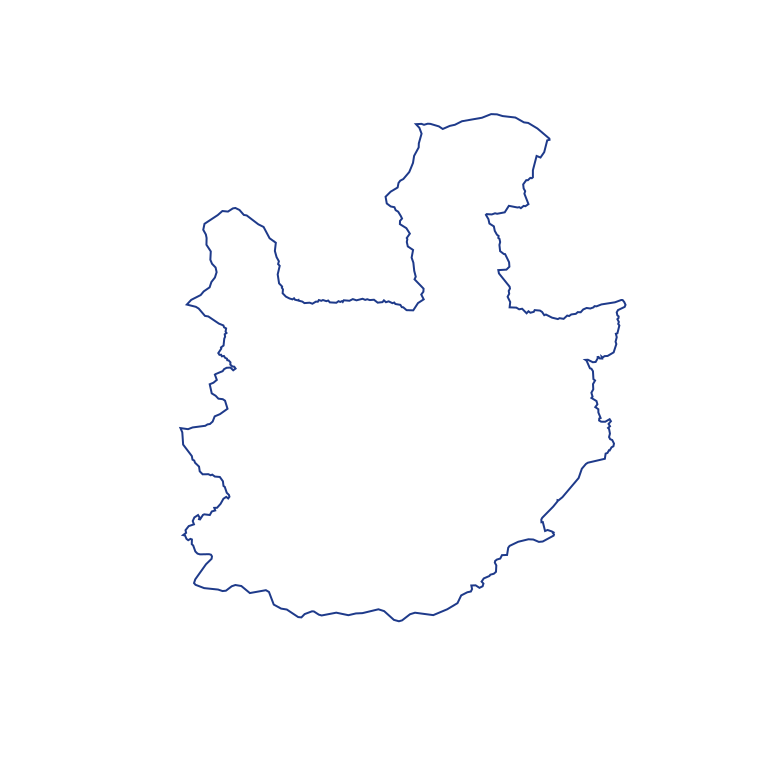 Palermo, Huila, Colombia (orthographic projection), rotated 62°
{"feature_id": "7082276B31327332190978", "entity_name": "Palermo", "entity_type": "district", "adm_level": 2, "iso_a3": "COL", "parent_name": "Colombia", "parent_adm1": "Huila", "projection": "orthographic", "projection_center": [-75.466, 2.914], "detail": "fine", "context": "isolated", "style": "outline", "palette": "blue", "viewbox_px": 768, "rotation_deg": 62, "n_neighbors": 0, "source": "geoboundaries", "source_scale": "gbopen_adm2", "svg_char_len": 6165}
<svg xmlns="http://www.w3.org/2000/svg" viewBox="0 0 768 768"><g transform="rotate(62 384 384)"><path d="M188.4,199.7L187.0,204.7L186.4,212.4L182.3,214.6L176.1,220.9L174.7,223.2L173.9,227.0L171.9,228.8L169.6,233.8L174.4,232.5L180.6,233.3L187.9,240.3L191.4,242.3L196.7,250.3L202.4,254.6L206.0,258.9L208.7,262.2L212.1,270.7L212.1,274.2L213.3,276.8L216.9,279.7L217.3,287.8L219.4,294.7L225.9,296.8L230.4,294.7L232.8,291.8L236.0,292.1L238.5,290.6L243.5,290.3L246.4,290.4L247.5,293.3L250.3,294.9L256.9,291.1L263.4,290.6L265.8,295.4L267.1,295.4L269.3,297.2L273.7,298.4L279.3,295.4L285.4,300.3L290.6,301.1L298.3,304.2L304.2,305.6L305.9,307.9L318.4,304.3L321.0,305.9L322.5,309.1L327.9,309.2L328.5,316.0L332.7,323.6L329.4,329.4L325.3,331.0L324.5,332.2L321.8,332.4L318.7,336.4L316.9,336.7L316.6,338.6L313.2,341.1L312.7,343.9L310.1,344.8L311.0,346.9L309.2,351.4L304.9,353.3L303.2,357.2L301.3,359.0L300.9,361.1L298.7,362.9L297.2,369.0L294.4,371.7L294.3,375.4L291.2,380.2L292.2,381.9L291.1,382.2L291.0,384.1L289.5,385.3L289.9,387.9L286.5,393.5L284.1,394.1L283.8,396.0L281.2,398.5L281.1,400.3L279.3,402.1L280.3,403.8L279.3,405.4L279.5,409.5L277.3,411.5L275.2,416.3L272.9,417.4L270.4,420.2L269.6,420.0L269.5,421.1L267.8,423.0L266.1,423.2L266.3,425.1L264.1,427.3L260.8,429.6L256.3,430.9L253.0,428.8L251.0,429.0L250.1,428.2L245.9,429.4L237.3,426.4L230.7,420.6L228.4,421.2L226.3,419.2L221.6,419.3L215.3,417.9L208.5,413.2L201.6,416.6L188.8,416.6L184.0,420.0L170.7,426.1L168.9,428.4L162.5,429.9L158.8,432.6L158.0,435.0L158.5,440.8L155.4,445.5L156.8,451.5L158.3,467.3L163.0,471.2L168.4,471.1L171.8,472.1L177.7,475.4L185.6,474.7L192.8,479.0L197.1,479.4L202.1,478.0L206.7,479.3L210.6,483.3L212.9,488.5L216.8,492.6L217.6,499.7L219.4,504.1L219.2,514.7L221.3,520.8L227.5,513.9L230.4,512.2L239.8,510.1L241.9,507.4L253.2,501.4L256.9,498.3L258.9,498.6L260.8,497.3L263.4,499.3L265.0,499.1L265.3,501.3L267.7,502.1L268.9,503.7L274.7,507.6L275.2,510.8L276.4,511.1L278.9,515.8L281.0,515.6L281.7,514.1L283.4,514.2L284.1,512.2L286.3,512.0L287.9,510.8L289.4,511.2L290.2,510.1L292.8,509.4L294.7,510.6L297.4,509.6L298.4,508.1L300.7,507.8L301.1,510.7L297.4,511.9L295.8,515.3L295.8,518.2L296.9,520.4L296.2,527.7L296.3,528.9L301.9,529.7L302.8,534.0L302.4,538.0L311.4,540.5L315.3,538.2L319.2,537.1L321.7,533.5L324.1,532.2L332.4,533.8L333.6,543.0L333.1,548.7L336.7,552.9L337.6,556.5L336.8,558.8L337.0,561.4L332.5,573.4L331.9,578.2L327.4,584.4L332.0,584.8L343.2,589.8L357.4,587.5L360.9,588.6L362.5,587.5L364.8,587.8L370.1,586.1L374.6,587.7L378.6,586.5L381.2,581.4L383.2,579.9L383.4,578.2L386.3,576.8L389.0,572.6L394.3,571.9L398.7,573.6L400.1,572.9L406.2,573.9L409.1,573.0L411.0,573.4L411.9,575.3L409.6,576.3L409.9,579.6L413.1,584.6L414.9,589.5L413.7,592.0L416.4,592.4L415.7,595.9L417.9,599.3L414.7,603.9L414.6,605.3L417.2,610.0L416.5,610.8L415.2,609.5L412.4,609.7L412.8,614.1L415.2,617.2L418.7,617.7L417.8,623.1L419.9,627.9L422.5,628.6L423.1,632.3L424.4,630.8L428.0,631.1L430.0,630.2L429.9,627.6L431.1,626.6L435.1,628.9L437.1,628.3L443.3,629.2L446.2,628.3L448.0,626.5L452.1,618.4L453.5,616.9L455.4,616.8L457.4,618.3L459.6,625.8L467.9,642.4L470.6,645.2L472.8,644.7L479.8,638.6L487.6,627.0L491.0,623.8L492.3,620.6L491.1,613.4L491.7,609.6L495.4,604.8L505.6,600.6L510.6,585.1L513.6,583.2L527.0,584.9L534.0,580.3L537.5,575.7L549.5,569.2L551.3,566.5L549.9,562.1L550.9,554.3L551.9,552.7L557.1,549.8L559.1,547.7L563.5,533.5L571.4,524.0L573.4,516.5L576.2,510.6L580.3,494.7L584.6,490.5L596.9,486.0L600.5,482.2L601.2,479.0L599.5,469.1L600.5,464.0L611.2,449.0L612.6,433.9L612.0,422.0L606.9,415.1L607.0,408.2L608.0,404.7L606.4,402.5L602.9,401.5L604.8,397.6L608.8,395.4L608.9,391.9L606.9,389.9L604.3,390.6L602.5,387.2L603.0,381.1L602.3,379.6L603.1,376.1L602.4,373.3L596.9,370.0L593.7,370.0L592.4,368.9L592.0,366.7L592.7,363.3L590.5,360.2L592.7,355.6L586.9,351.2L585.9,349.1L586.3,339.6L588.9,329.4L591.4,325.2L596.1,321.4L597.6,317.8L597.5,305.4L596.6,304.5L594.8,304.8L594.6,304.0L593.0,305.0L589.7,308.1L589.4,310.8L580.5,308.6L580.0,309.9L577.5,308.7L576.4,307.1L571.7,292.2L569.1,286.0L568.0,285.3L568.7,284.6L567.7,279.6L558.4,256.3L551.7,249.1L549.4,243.3L549.2,241.0L553.7,224.1L549.5,221.0L549.8,219.1L548.1,216.4L548.6,215.9L546.7,212.8L546.7,210.7L544.6,208.9L540.6,208.8L538.9,210.2L536.5,210.2L533.9,207.8L529.4,206.4L528.0,206.8L527.4,204.3L524.7,204.5L523.4,201.1L521.0,201.3L521.2,206.4L519.2,210.0L517.2,211.2L515.5,210.1L515.7,208.7L509.8,208.1L506.9,206.6L503.6,208.3L502.1,205.1L498.8,204.4L493.7,207.4L493.1,205.8L489.1,205.0L486.9,201.7L482.2,199.5L480.0,196.0L478.0,196.8L470.8,193.5L467.9,193.7L466.8,194.8L458.5,194.2L457.3,194.8L458.3,192.6L462.8,189.4L463.9,186.8L461.7,183.3L460.5,182.7L460.8,181.9L462.7,181.5L463.9,179.5L462.0,179.0L463.4,178.4L462.9,176.3L464.2,173.4L463.9,166.4L457.8,160.1L455.4,159.7L451.9,156.5L448.5,155.7L448.8,154.1L442.8,148.7L440.9,149.0L439.5,147.5L436.3,147.5L435.9,146.0L434.5,145.1L432.9,145.7L430.0,144.9L428.6,142.7L428.9,135.3L427.5,133.6L424.5,133.4L421.9,133.9L421.2,135.1L420.3,141.7L415.8,154.7L415.2,159.9L414.1,161.6L414.7,163.1L414.2,166.4L412.0,169.4L411.7,173.1L413.0,176.7L411.5,179.2L412.1,181.7L410.5,186.0L410.9,188.6L409.6,190.1L410.8,194.8L408.3,198.1L408.3,200.0L404.3,204.5L398.7,208.4L398.5,210.2L394.6,210.6L392.4,211.8L389.5,216.3L390.6,217.9L389.8,221.3L387.6,222.3L388.5,224.9L382.4,226.7L381.5,229.6L378.7,231.3L375.3,237.1L370.9,234.1L365.0,233.9L363.1,231.1L360.4,230.2L358.9,228.0L357.1,227.4L340.3,230.6L337.1,229.6L340.5,222.2L339.3,218.2L335.2,216.4L326.2,216.1L325.4,217.2L321.2,219.1L315.4,216.8L313.2,214.8L310.1,213.9L308.7,214.5L307.1,213.3L305.2,214.2L300.8,214.3L296.4,213.0L291.8,215.6L287.5,214.4L282.5,214.6L282.2,213.6L284.9,209.2L285.4,205.8L286.8,204.2L289.1,196.8L285.3,190.1L290.8,183.3L291.4,181.5L293.0,180.6L292.3,177.1L293.4,175.7L293.0,172.0L281.9,170.7L280.0,168.8L276.9,168.9L273.1,167.4L270.8,162.7L271.6,161.3L270.7,158.0L271.7,156.9L271.4,155.5L265.2,152.2L254.3,142.2L257.5,139.5L254.5,133.7L245.5,125.5L246.1,123.2L245.0,122.8L230.4,128.6L221.2,134.1L218.7,137.6L210.4,142.9L203.1,153.5L199.0,157.6L196.0,162.7L194.9,172.5L188.6,191.8L188.4,199.7Z" fill="none" stroke="#1e3a8a" stroke-width="2"/></g></svg>